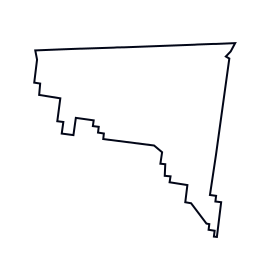 outline of Cleburne, Alabama, United States of America, rotated 277°
{"feature_id": "52423323B31234184486740", "entity_name": "Cleburne", "entity_type": "district", "adm_level": 2, "iso_a3": "USA", "parent_name": "United States of America", "parent_adm1": "Alabama", "projection": "natural_earth1", "projection_center": [-85.575, 33.717], "detail": "fine", "context": "isolated", "style": "outline", "palette": "ink", "viewbox_px": 256, "rotation_deg": 277, "n_neighbors": 0, "source": "geoboundaries", "source_scale": "gbopen_adm2", "svg_char_len": 777}
<svg xmlns="http://www.w3.org/2000/svg" viewBox="0 0 256 256"><g transform="rotate(277 128 128)"><path d="M197.9,52.1L193.7,26.5L184.8,29.4L161.6,29.4L161.4,35.4L150.0,35.8L149.2,57.2L126.1,57.0L126.1,63.1L114.4,62.9L114.3,74.7L131.7,75.0L131.4,93.0L125.6,92.9L125.6,98.8L119.8,98.8L119.6,104.7L114.0,104.8L113.8,156.0L108.1,164.8L96.5,164.5L96.6,169.4L85.0,170.3L85.2,176.1L79.2,175.9L78.6,193.9L61.3,193.9L61.0,199.8L42.7,217.5L42.5,220.4L36.8,220.4L36.6,226.5L30.7,226.5L30.7,229.5L65.7,229.5L65.7,223.7L71.4,223.7L71.5,217.5L112.2,218.6L209.3,220.1L210.9,216.4L216.5,220.6L225.3,224.0L222.1,204.7L221.8,202.2L219.3,186.5L218.8,184.0L214.0,154.1L207.6,114.3L206.6,107.0L206.1,104.5L201.2,73.0L200.9,70.8L197.9,52.1Z" fill="none" stroke="#020617" stroke-width="2"/></g></svg>